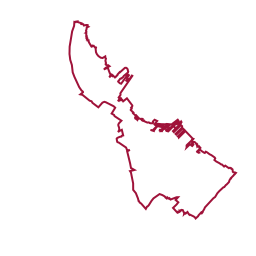 Kota Jakarta Utara, Jakarta Raya, Indonesia (Robinson projection), rotated 44°
{"feature_id": "22746128B85966169947265", "entity_name": "Kota Jakarta Utara", "entity_type": "district", "adm_level": 2, "iso_a3": "IDN", "parent_name": "Indonesia", "parent_adm1": "Jakarta Raya", "projection": "robinson", "projection_center": [106.852, -6.136], "detail": "fine", "context": "isolated", "style": "outline", "palette": "rose", "viewbox_px": 256, "rotation_deg": 44, "n_neighbors": 0, "source": "geoboundaries", "source_scale": "gbopen_adm2", "svg_char_len": 5737}
<svg xmlns="http://www.w3.org/2000/svg" viewBox="0 0 256 256"><g transform="rotate(44 128 128)"><path d="M236.8,85.3L235.9,85.6L234.5,86.7L233.8,86.7L232.0,85.2L231.0,85.5L230.9,85.2L230.2,85.2L228.9,85.8L228.5,86.8L224.1,87.5L223.9,89.0L220.9,89.0L220.3,89.5L218.2,89.8L214.7,90.8L212.4,91.0L211.8,89.2L210.7,89.0L206.8,89.6L205.0,90.2L201.7,90.6L200.4,91.0L200.6,92.6L199.9,92.9L196.6,93.5L195.2,93.5L194.8,94.5L194.7,96.2L196.3,96.3L196.1,96.7L194.6,97.1L194.1,97.1L194.0,96.8L194.1,94.7L194.1,94.0L193.9,93.7L193.9,92.0L191.7,91.8L191.6,92.1L192.1,92.4L190.9,92.7L190.8,93.3L190.2,92.9L190.3,92.4L189.6,92.4L189.2,91.6L187.8,91.5L189.0,91.9L188.9,92.3L187.4,91.8L185.7,91.8L184.5,92.8L184.5,93.7L184.9,93.7L184.9,94.5L185.4,94.5L185.4,94.2L186.6,94.5L186.7,96.2L185.7,96.2L185.7,96.5L184.4,96.5L183.9,96.8L183.7,101.3L183.3,100.5L182.7,100.4L182.2,99.7L182.2,98.7L182.5,98.7L182.2,98.4L182.3,96.4L182.6,96.5L182.6,96.3L182.3,96.3L182.4,93.8L182.7,93.8L182.7,93.6L182.4,93.7L182.4,91.5L182.7,91.5L182.7,91.3L182.1,91.4L182.1,90.8L182.4,90.8L182.4,90.5L182.0,90.7L171.4,90.3L171.2,99.5L170.9,99.3L169.7,99.4L169.9,90.2L167.7,90.2L167.4,99.2L166.3,99.2L166.6,90.2L165.7,89.1L164.4,89.1L164.1,89.4L163.8,99.1L162.5,99.0L162.8,87.9L162.5,87.6L162.4,86.6L162.0,86.5L162.0,87.1L161.6,86.8L161.5,89.7L161.2,89.9L160.9,89.9L160.8,88.4L160.6,91.2L160.4,91.4L160.1,91.4L160.3,87.3L160.1,88.0L159.7,88.0L159.5,94.2L159.8,94.8L160.7,94.9L160.7,95.2L159.4,95.1L159.3,102.5L158.4,103.0L158.3,102.8L158.9,99.6L158.1,99.5L157.4,103.3L157.2,103.3L156.7,103.9L157.7,99.4L158.3,97.9L158.6,94.4L157.7,94.3L156.1,95.9L155.6,100.1L155.3,100.4L154.2,106.2L153.9,106.2L153.9,106.7L154.4,106.9L153.8,107.5L153.7,107.1L152.5,107.7L152.2,107.2L152.7,106.8L153.4,104.1L153.5,103.8L153.1,103.7L153.5,103.1L153.1,102.9L150.3,104.7L149.9,104.7L150.0,104.9L148.0,106.1L147.9,108.8L148.1,109.0L148.4,111.8L148.7,112.2L145.5,113.8L147.4,112.5L147.4,106.2L147.5,105.0L153.7,101.1L154.4,97.1L153.0,98.2L152.2,99.4L149.7,101.8L146.7,104.1L146.3,104.7L146.3,106.5L145.5,107.0L144.5,107.0L144.1,102.7L141.4,103.6L141.4,106.0L142.2,106.4L142.4,106.9L142.3,107.6L141.1,108.8L140.1,109.4L139.7,109.3L139.0,109.6L138.1,110.7L134.0,112.2L133.9,111.6L133.6,111.7L133.6,112.5L132.5,112.8L132.1,112.5L131.9,111.5L131.6,111.7L131.8,112.4L129.9,113.1L129.3,113.6L128.8,115.2L129.1,115.7L127.6,115.8L126.8,116.1L126.0,115.8L125.6,114.9L126.1,114.5L127.5,115.0L128.3,114.9L128.8,113.9L128.5,113.4L125.0,113.2L125.0,113.6L124.6,113.8L121.6,113.9L121.5,113.7L121.1,113.7L121.1,113.1L117.7,113.2L117.5,112.5L117.1,112.5L117.0,111.1L116.8,110.9L116.1,111.0L116.0,109.5L115.5,108.8L106.6,107.4L106.0,112.2L104.3,111.8L103.7,113.0L103.2,113.0L102.9,112.2L102.4,112.3L102.3,111.5L102.1,111.5L102.6,114.8L102.0,114.9L101.6,112.8L100.1,112.6L99.6,109.3L98.5,108.5L98.2,107.4L94.9,87.5L94.4,87.6L95.6,94.7L93.8,95.1L93.5,92.7L92.6,92.9L92.0,89.4L90.7,89.7L92.3,100.9L91.2,101.4L88.6,101.6L88.7,102.1L88.2,98.1L88.5,97.2L89.0,96.8L88.8,96.3L89.1,95.0L88.8,93.5L89.4,88.1L88.8,87.1L88.3,87.0L87.0,86.0L85.8,85.8L84.8,86.0L84.3,86.5L84.0,86.9L83.5,93.6L83.2,93.6L83.3,96.8L83.6,97.0L83.7,99.4L83.5,99.5L83.5,100.7L80.8,100.7L80.8,101.5L80.6,101.5L80.5,100.7L79.5,100.8L79.4,103.7L79.2,103.7L79.1,102.2L78.5,102.2L78.5,101.2L76.8,101.2L71.6,98.7L69.9,102.7L70.3,100.5L70.1,100.3L70.2,100.0L70.3,99.7L70.7,99.6L71.8,96.4L70.2,96.6L69.9,97.4L69.5,97.6L68.6,97.4L68.2,97.8L67.8,97.7L67.9,97.2L67.2,96.9L67.5,96.1L67.1,96.5L65.1,95.4L63.9,93.4L63.3,93.4L61.9,92.3L61.1,95.3L59.5,96.4L56.7,96.8L54.3,96.5L52.3,95.7L49.8,93.6L49.1,92.3L48.9,92.3L48.3,93.0L46.2,92.7L45.7,93.9L45.4,93.4L45.0,93.5L44.6,94.7L40.3,93.5L38.7,92.3L38.1,93.1L36.9,92.1L36.7,92.6L36.1,91.9L35.6,92.1L35.3,91.2L34.5,90.6L34.2,91.0L33.4,90.1L32.0,88.7L31.8,88.8L31.9,88.5L31.4,88.0L31.2,88.1L31.0,87.5L30.2,87.2L29.5,85.7L28.5,84.4L29.1,82.7L28.3,82.9L27.7,82.2L27.3,82.6L27.1,82.3L26.4,82.9L25.1,84.9L23.8,84.4L22.3,85.6L21.9,84.9L18.1,86.8L17.7,86.3L16.6,87.7L16.8,88.2L15.7,88.9L18.3,92.0L20.7,97.3L29.5,110.0L34.5,115.4L39.1,119.1L43.9,121.7L49.6,126.4L53.9,128.4L64.5,132.5L68.4,133.3L70.3,133.2L70.8,133.6L70.4,136.9L72.2,135.8L81.4,135.0L83.2,134.1L85.1,134.6L92.3,133.7L92.0,127.5L92.8,125.6L94.1,124.9L102.6,122.3L104.7,122.3L106.2,129.0L108.9,128.3L110.1,128.8L118.2,127.3L118.2,130.9L118.6,132.2L119.4,133.0L121.3,133.9L122.5,134.9L123.1,135.8L123.7,137.8L123.9,136.2L124.8,133.6L129.7,136.7L128.9,138.0L129.2,138.8L128.2,140.1L127.2,142.6L127.3,143.6L129.3,145.1L130.2,145.5L131.4,144.9L140.2,143.4L142.1,144.3L143.2,144.1L143.8,143.9L144.4,142.4L144.2,143.8L143.5,145.3L154.1,152.0L157.9,154.7L161.8,153.7L159.4,157.6L161.1,158.0L170.2,164.3L174.7,168.9L178.9,169.4L184.2,171.8L186.4,173.2L186.9,173.0L188.1,173.5L190.0,173.2L197.0,173.8L196.3,171.4L196.6,170.6L196.6,169.2L195.5,164.0L195.2,160.9L196.6,153.6L199.0,152.5L200.7,152.0L202.3,151.7L203.1,152.0L204.8,151.8L204.4,150.6L206.7,150.4L206.7,149.7L208.3,149.9L211.0,144.1L212.1,143.0L212.2,146.7L215.8,146.5L216.1,149.3L215.9,154.2L222.1,154.6L222.1,153.9L222.6,154.0L222.7,153.1L222.9,153.2L223.0,152.6L222.8,152.3L223.3,152.4L223.4,151.8L223.1,151.8L223.2,151.3L222.8,151.3L223.3,149.8L224.4,149.0L227.7,150.3L228.1,150.9L228.1,149.5L228.9,149.5L229.1,147.1L231.8,147.8L232.7,147.7L232.7,147.3L236.7,146.0L238.1,145.8L239.5,146.1L239.7,142.8L239.4,141.8L239.3,137.8L240.3,138.0L240.2,136.7L239.8,136.2L239.1,133.2L238.5,131.7L238.2,119.2L238.6,117.1L237.6,112.9L237.5,109.9L237.8,104.4L238.3,103.6L238.0,101.1L238.2,100.4L238.2,97.3L238.1,96.5L237.6,95.7L237.0,94.1L237.2,92.8L236.8,92.6L236.9,88.6L236.7,88.1L236.9,87.4L236.8,85.3ZM157.1,93.4L158.3,92.9L159.0,91.8L159.1,87.7L158.0,87.5L157.1,93.4Z" fill="none" stroke="#9f1239" stroke-width="2"/></g></svg>